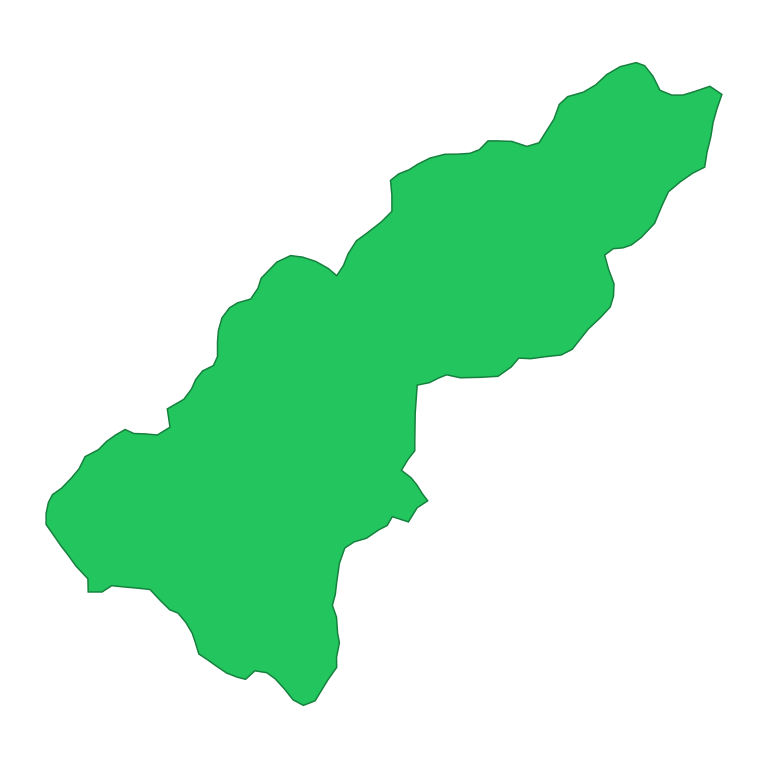 the district of Cedral, São Paulo, Brazil
{"feature_id": "56859067B54870059140292", "entity_name": "Cedral", "entity_type": "district", "adm_level": 2, "iso_a3": "BRA", "parent_name": "Brazil", "parent_adm1": "São Paulo", "projection": "orthographic", "projection_center": [-49.264, -20.916], "detail": "fine", "context": "isolated", "style": "filled", "palette": "green", "viewbox_px": 768, "rotation_deg": 0, "n_neighbors": 0, "source": "geoboundaries", "source_scale": "gbopen_adm2", "svg_char_len": 2106}
<svg xmlns="http://www.w3.org/2000/svg" viewBox="0 0 768 768"><path d="M46.1,524.5L54.7,536.8L61.2,546.2L68.5,555.6L75.9,566.0L87.9,578.8L88.2,592.0L102.0,592.0L111.7,585.7L124.6,587.0L138.0,588.2L150.0,589.5L160.6,600.8L169.8,609.8L178.0,613.1L185.9,622.5L192.2,633.2L195.4,642.6L198.8,654.0L206.9,659.3L213.8,664.3L226.7,673.1L237.3,677.2L245.6,679.3L254.9,670.8L266.7,672.7L275.1,678.7L284.8,689.4L293.0,699.8L303.4,705.4L315.1,700.8L327.8,680.0L336.7,667.4L336.5,657.4L339.4,642.8L337.6,633.4L336.5,617.1L332.4,605.4L335.3,594.5L336.7,582.2L339.4,563.4L344.8,548.0L354.1,541.9L366.5,538.2L378.5,530.0L387.2,525.4L392.3,516.7L408.4,521.9L417.2,507.7L427.7,500.8L422.2,493.5L417.0,485.1L411.1,477.8L401.4,470.3L407.9,459.6L414.8,450.7L414.8,441.3L415.2,413.3L417.2,385.1L429.6,382.6L438.2,378.2L446.6,374.8L460.4,377.8L481.0,377.3L498.0,376.3L511.3,366.9L518.8,358.1L530.6,358.7L545.5,356.7L561.1,355.0L572.2,349.3L588.2,329.1L600.8,317.2L610.3,306.9L613.5,296.1L614.0,283.9L608.5,269.1L604.7,255.1L613.2,248.7L623.2,247.8L631.4,244.9L641.3,237.4L654.6,223.3L662.0,205.6L668.4,191.8L680.3,181.8L692.3,173.4L704.7,167.1L707.0,152.3L710.8,136.9L713.1,122.4L716.9,108.9L721.9,94.4L709.9,86.3L694.3,91.6L682.6,95.1L671.7,95.1L660.0,90.3L652.9,76.1L644.6,65.7L636.2,62.6L620.1,66.7L606.8,74.5L595.7,84.9L583.3,92.2L567.7,96.6L559.3,104.4L553.9,119.2L539.0,142.8L526.8,146.4L511.9,141.4L497.2,140.9L488.0,140.9L479.3,149.7L470.1,153.3L458.5,154.1L444.6,154.3L429.9,158.1L417.9,164.1L409.0,169.8L398.7,173.9L390.5,180.4L391.9,195.2L391.9,211.3L381.2,222.0L365.9,233.9L356.4,240.8L348.2,253.7L343.5,265.4L336.7,275.7L328.3,268.5L315.9,261.5L302.5,257.1L290.6,255.6L276.8,262.1L267.7,271.5L261.2,278.2L258.0,288.2L250.7,299.0L237.6,302.8L229.5,307.8L222.0,317.8L218.4,330.5L217.5,342.0L217.5,356.5L213.4,365.6L202.6,370.9L195.8,379.4L191.4,389.2L183.8,399.3L167.3,408.9L170.0,427.2L157.3,435.0L145.3,433.9L133.8,433.5L125.1,429.5L115.4,435.1L106.6,441.4L98.4,449.7L85.1,456.6L79.0,468.9L71.1,478.3L61.7,488.1L52.5,494.6L48.4,502.5L46.1,513.4L46.1,524.5Z" fill="#22c55e" stroke="#15803d" stroke-width="1.5"/></svg>